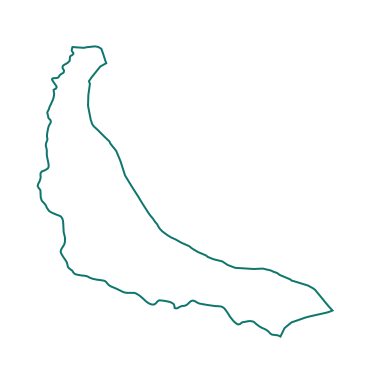 El Quetzal, San Marcos, Guatemala (Natural Earth projection), rotated 97°
{"feature_id": "79465075B99595855877041", "entity_name": "El Quetzal", "entity_type": "district", "adm_level": 2, "iso_a3": "GTM", "parent_name": "Guatemala", "parent_adm1": "San Marcos", "projection": "natural_earth1", "projection_center": [-91.827, 14.794], "detail": "fine", "context": "isolated", "style": "outline", "palette": "teal", "viewbox_px": 384, "rotation_deg": 97, "n_neighbors": 0, "source": "geoboundaries", "source_scale": "gbopen_adm2", "svg_char_len": 4371}
<svg xmlns="http://www.w3.org/2000/svg" viewBox="0 0 384 384"><g transform="rotate(97 192 192)"><path d="M216.1,341.4L217.3,340.8L218.8,340.1L219.9,339.0L220.9,337.6L222.5,336.0L223.4,335.2L225.0,334.4L226.4,333.2L227.5,332.3L228.4,331.3L229.1,329.8L229.9,327.7L230.9,324.1L231.4,322.0L231.9,320.1L232.4,319.0L234.3,317.4L236.5,316.5L239.3,315.9L247.4,314.5L249.8,313.6L252.2,312.7L253.6,312.4L255.4,312.2L257.0,312.1L258.5,312.2L260.1,312.6L261.5,313.3L262.9,313.9L263.9,314.4L265.1,314.8L266.1,315.0L267.2,315.1L268.0,314.8L269.4,314.0L272.0,312.0L275.5,308.9L277.1,307.7L278.7,307.0L281.1,306.2L281.9,305.7L282.7,304.6L283.8,302.9L284.3,301.8L285.1,300.9L286.2,300.1L287.2,298.9L287.8,297.8L288.1,295.3L288.2,294.1L288.3,290.8L288.2,288.9L288.3,286.9L288.5,285.5L289.4,283.4L290.0,281.1L290.3,279.5L290.6,275.8L290.6,272.0L290.7,270.3L290.7,268.7L291.0,267.7L291.6,266.5L293.2,264.8L294.6,263.1L295.6,260.9L296.6,257.3L297.4,254.6L298.4,251.7L299.5,248.6L299.8,247.4L300.0,245.7L300.0,243.9L299.6,241.0L299.2,237.3L299.3,235.9L299.8,234.5L301.2,231.5L303.3,228.2L306.0,224.6L307.6,221.7L308.2,219.9L308.5,218.4L308.5,217.3L308.2,215.7L306.7,214.2L305.2,213.2L304.4,212.5L303.5,211.3L303.4,209.9L303.4,206.4L303.6,202.9L303.8,201.1L304.0,199.8L304.5,198.5L305.0,197.3L305.8,196.3L306.8,195.8L308.2,195.3L309.2,195.1L309.5,193.7L309.0,192.1L308.2,191.2L307.3,189.9L306.8,188.9L306.3,187.6L306.1,186.5L305.6,184.9L304.9,183.9L304.3,183.1L303.5,182.4L302.3,181.4L301.4,180.7L300.7,180.0L300.1,179.1L299.7,178.1L299.8,176.2L300.5,174.7L301.3,172.9L301.8,171.1L302.1,166.5L302.3,161.1L302.4,154.7L302.2,152.8L302.1,151.0L302.1,149.8L302.2,148.6L302.7,147.3L303.6,145.7L305.5,143.8L308.1,141.5L311.0,139.2L314.2,136.0L315.9,134.0L316.8,132.5L317.5,131.3L317.8,129.9L317.3,128.4L316.6,127.7L315.7,126.8L315.1,126.0L314.6,124.1L313.7,121.4L313.2,119.7L313.0,118.2L313.0,117.2L313.1,116.1L313.4,114.8L314.2,113.6L315.5,111.7L317.2,108.7L318.3,106.1L319.0,103.6L319.6,102.0L320.4,100.3L321.6,98.6L323.1,96.8L323.8,95.1L323.8,92.8L323.8,90.1L323.9,88.8L324.7,86.6L315.9,83.6L311.8,79.8L309.2,77.2L308.0,74.7L302.7,63.9L301.1,59.9L299.2,54.6L297.0,48.4L295.5,44.2L294.1,40.9L292.5,38.1L288.5,42.8L274.1,57.9L272.8,60.2L270.7,65.5L268.8,76.1L267.7,82.5L266.8,83.7L264.4,92.1L264.0,93.7L263.7,94.7L262.0,97.7L261.2,101.5L260.3,104.0L259.4,112.4L260.9,121.4L262.0,139.8L260.1,147.7L257.2,153.5L256.1,162.6L254.4,168.8L253.3,170.2L250.9,178.6L248.2,184.8L246.1,188.2L243.7,196.2L241.0,202.7L239.6,207.3L237.9,211.0L236.3,213.9L234.6,216.8L232.3,219.6L229.6,221.8L228.3,222.6L226.2,224.9L223.0,227.7L221.4,229.5L218.9,232.0L214.3,235.8L209.5,239.8L202.5,245.3L195.3,251.3L189.4,256.0L183.7,260.5L170.2,266.7L160.5,272.2L158.0,274.7L157.0,275.8L154.0,278.8L151.8,280.2L148.9,284.2L141.5,293.7L140.0,295.8L139.2,297.0L138.1,298.2L136.6,299.4L135.2,300.1L133.8,300.7L132.7,301.3L119.1,305.7L108.2,306.7L97.1,306.5L94.6,307.8L90.2,305.5L78.6,298.3L74.6,292.8L72.9,293.7L66.2,296.8L62.5,298.6L61.0,299.4L60.2,300.9L59.4,303.1L59.3,306.2L61.1,314.0L62.1,317.0L62.7,328.3L63.9,328.5L65.1,328.6L66.1,328.7L67.3,328.0L68.2,326.9L69.4,326.6L71.0,327.9L71.5,328.9L72.5,329.5L73.7,329.6L74.8,329.5L76.1,329.4L76.9,329.5L79.1,331.3L81.8,334.9L82.7,335.6L83.7,335.7L84.7,335.6L86.4,334.3L87.2,333.8L88.8,333.9L89.9,334.8L90.4,335.6L91.1,336.5L92.5,337.7L93.7,338.1L94.8,339.0L95.3,339.8L95.6,341.3L95.8,342.7L96.0,343.7L97.0,344.7L97.9,344.4L99.1,343.4L100.6,342.1L102.5,340.4L103.2,339.7L104.4,339.1L106.0,339.7L106.8,341.0L107.5,341.8L110.0,341.2L111.1,340.8L113.2,340.7L116.5,341.1L119.1,341.8L122.8,343.0L124.1,343.5L125.8,343.9L127.4,344.2L129.8,345.1L130.7,345.3L132.1,344.9L133.4,344.4L134.6,343.9L135.5,343.8L136.3,343.2L137.1,342.2L137.8,341.3L138.6,340.9L139.8,340.7L140.8,340.9L142.2,341.5L143.2,341.9L144.3,342.3L146.6,342.6L151.4,342.9L154.1,342.8L155.5,342.5L156.6,342.0L158.6,342.0L160.4,342.6L161.9,342.8L163.1,342.8L164.1,342.7L166.0,341.9L168.7,341.1L171.8,340.8L173.9,340.4L176.1,339.7L177.8,339.1L180.4,338.2L181.4,338.0L182.5,337.6L184.1,337.4L185.1,337.5L186.0,337.9L186.9,338.8L188.2,340.4L189.1,341.9L189.6,343.2L191.4,344.5L192.6,344.6L194.5,344.3L195.3,344.1L196.4,344.0L198.0,344.2L199.5,344.5L200.8,344.9L202.5,345.6L204.1,345.9L204.9,345.9L206.8,344.6L207.9,343.4L208.7,342.7L211.5,342.2L213.9,341.8L216.1,341.4Z" fill="none" stroke="#0f766e" stroke-width="2"/></g></svg>